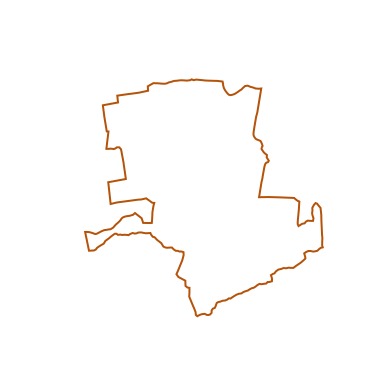 the district of Kiambaa, Central, Kenya, rotated 143°
{"feature_id": "3690345B47179274610537", "entity_name": "Kiambaa", "entity_type": "district", "adm_level": 2, "iso_a3": "KEN", "parent_name": "Kenya", "parent_adm1": "Central", "projection": "orthographic", "projection_center": [36.767, -1.165], "detail": "fine", "context": "isolated", "style": "outline", "palette": "amber", "viewbox_px": 384, "rotation_deg": 143, "n_neighbors": 0, "source": "geoboundaries", "source_scale": "gbopen_adm2", "svg_char_len": 3896}
<svg xmlns="http://www.w3.org/2000/svg" viewBox="0 0 384 384"><g transform="rotate(143 192 192)"><path d="M120.9,69.1L120.2,71.0L118.1,73.7L115.5,76.9L113.8,79.7L110.3,84.8L106.0,91.1L102.4,96.1L98.9,102.0L99.1,105.0L99.1,107.4L100.0,108.8L102.4,108.3L105.5,106.9L106.8,104.9L108.9,102.7L109.7,101.1L110.8,97.9L112.7,96.1L114.1,97.1L115.6,98.4L116.9,99.5L118.9,99.8L120.9,99.2L123.1,100.3L125.5,100.5L127.4,100.7L126.9,102.8L124.8,105.4L117.3,113.6L112.0,119.8L113.0,121.5L113.7,124.1L114.0,125.8L125.5,135.2L133.4,141.5L138.0,144.9L141.6,147.5L140.4,148.6L130.4,158.2L127.7,160.4L126.3,161.8L124.8,163.2L122.2,165.6L119.4,168.2L118.2,169.2L116.6,170.3L115.0,170.7L113.4,170.1L111.9,170.7L111.5,174.7L109.9,176.4L110.6,179.2L110.8,180.8L110.6,184.5L109.4,185.6L107.9,186.3L107.2,188.3L106.8,189.9L106.6,191.6L107.6,193.3L108.5,194.7L109.1,196.2L109.1,198.5L108.7,200.2L107.8,201.6L106.3,203.2L102.6,206.8L95.6,213.4L93.8,214.8L92.0,216.2L74.4,233.0L76.3,234.1L77.8,235.4L79.0,236.5L79.8,237.9L80.8,239.3L82.1,240.9L83.5,243.4L85.9,244.7L88.4,244.5L91.1,244.1L92.6,244.3L94.2,244.3L95.9,244.4L98.2,244.5L100.6,245.1L103.0,246.2L104.1,247.6L104.4,249.9L104.4,253.0L104.0,255.7L103.1,258.1L102.0,259.9L101.1,261.8L104.7,265.3L111.2,270.5L114.0,272.8L120.8,279.1L123.6,280.5L124.4,282.1L126.2,282.4L129.0,284.0L130.9,285.7L133.2,287.6L135.2,288.9L137.0,289.9L139.3,291.4L140.9,292.0L142.9,292.7L144.6,293.5L146.4,293.8L148.2,294.6L149.7,295.7L151.9,297.6L154.2,299.7L155.8,300.9L157.4,302.2L163.7,303.0L164.7,301.5L166.1,299.3L174.5,303.2L177.4,304.8L186.2,309.8L193.7,313.9L197.2,308.0L211.0,314.9L216.8,304.7L223.6,291.7L222.3,290.6L234.4,278.0L232.7,276.7L231.2,275.8L230.0,274.8L228.6,273.3L226.8,272.9L225.1,272.9L223.2,271.4L223.0,268.9L223.7,267.3L228.9,256.9L237.0,242.2L253.0,250.2L264.2,231.4L258.2,228.8L245.5,221.6L239.6,218.3L238.3,217.4L236.7,216.4L232.4,214.5L230.2,207.3L228.7,206.0L230.9,204.3L233.7,201.7L236.0,199.4L237.1,198.0L240.8,193.6L242.7,191.5L244.9,193.0L249.6,196.7L248.0,201.4L250.2,209.5L252.9,209.3L256.3,210.6L258.2,211.7L260.3,212.7L262.5,213.3L264.2,213.2L266.2,212.5L268.6,212.1L272.6,211.8L276.5,211.0L279.5,211.3L281.3,212.4L282.8,213.1L285.1,214.4L287.9,215.1L291.0,215.6L293.3,216.0L294.7,216.8L295.9,218.7L297.0,220.3L298.3,221.9L300.0,223.4L301.4,224.4L309.6,207.1L307.4,205.6L305.3,204.2L303.3,204.0L301.5,204.5L299.1,204.5L296.2,204.2L293.5,203.9L290.5,205.1L287.7,205.0L285.9,205.0L283.6,205.2L280.9,205.2L278.8,205.1L277.5,204.2L276.9,202.3L275.0,201.2L273.6,199.7L272.0,198.7L270.1,197.2L268.6,195.7L266.8,195.7L264.1,195.0L262.8,193.3L261.3,192.4L259.0,191.8L256.8,190.2L255.3,188.5L253.8,186.9L251.9,185.6L249.9,184.3L250.3,182.7L250.3,179.9L249.1,178.4L248.7,174.8L248.0,172.1L247.3,169.6L247.7,165.7L246.8,163.9L245.5,162.5L243.5,161.2L241.5,159.8L241.1,157.1L240.4,154.9L238.8,153.6L237.8,151.9L236.5,151.1L235.0,149.1L236.7,146.6L240.9,143.3L246.3,140.1L251.0,137.3L253.9,135.7L254.0,132.3L250.7,125.2L253.7,120.9L253.1,118.4L251.7,117.0L254.6,113.2L257.2,110.1L259.7,100.5L260.5,97.1L261.4,94.0L262.9,91.5L262.5,89.6L259.3,89.1L256.9,88.1L255.1,87.0L254.2,85.0L252.9,83.9L251.3,83.3L249.1,83.7L247.6,85.6L245.5,86.3L243.6,85.7L242.0,86.5L240.4,87.6L239.0,88.5L237.4,88.3L235.3,87.4L232.9,86.7L230.8,85.4L228.7,84.9L226.5,84.8L225.3,83.7L223.7,83.7L221.0,83.5L218.2,83.2L215.8,82.5L213.6,81.3L210.9,81.1L208.8,80.5L206.7,79.7L204.8,79.6L202.6,79.3L200.3,78.4L198.1,78.2L195.8,78.3L193.4,78.0L192.1,76.6L190.2,75.6L187.7,74.2L185.9,74.6L184.4,73.6L181.9,72.6L180.3,74.5L179.6,76.3L179.0,78.1L176.7,77.9L175.1,77.4L172.8,78.1L169.8,78.1L167.2,76.9L164.7,76.2L162.7,74.4L160.3,73.4L158.6,71.8L156.7,70.4L153.7,70.4L151.3,70.3L149.6,70.2L147.9,70.1L144.6,70.3L141.5,70.6L140.6,72.1L139.3,75.5L136.8,75.4L134.5,74.8L132.8,73.5L131.1,71.5L128.9,70.3L127.2,69.6L125.1,69.9L122.7,69.9L120.9,69.1Z" fill="none" stroke="#b45309" stroke-width="2"/></g></svg>